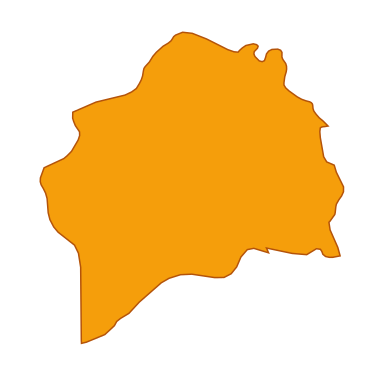 SVG path tracing the border of Bình Phước, rotated 184°
{"feature_id": "VNM-484", "entity_name": "Bình Phước", "entity_type": "Province", "adm_level": 1, "iso_a3": "VNM", "parent_name": "Vietnam", "parent_adm1": "", "projection": "orthographic", "projection_center": [106.812, 11.797], "detail": "fine", "context": "isolated", "style": "filled", "palette": "amber", "viewbox_px": 384, "rotation_deg": 184, "n_neighbors": 0, "source": "natural_earth", "source_scale": "10m", "svg_char_len": 1915}
<svg xmlns="http://www.w3.org/2000/svg" viewBox="0 0 384 384"><g transform="rotate(184 192 192)"><path d="M186.5,110.0L197.7,108.7L208.9,104.3L216.3,99.3L236.9,78.5L246.4,66.6L254.5,60.9L258.1,57.6L260.1,53.2L269.0,43.7L286.9,34.8L291.7,33.3L292.1,36.6L297.8,109.1L301.0,123.0L305.5,130.8L322.7,142.5L327.5,147.5L331.8,154.5L334.0,161.2L336.1,175.4L338.0,180.7L340.5,185.0L343.0,188.7L344.1,191.7L344.2,195.5L341.2,205.9L322.2,216.4L319.2,219.3L315.0,224.2L309.2,235.9L308.0,240.5L308.4,244.2L313.0,250.1L315.0,254.2L316.2,257.3L316.5,263.3L294.0,275.0L265.6,284.0L259.2,287.6L254.7,291.4L252.1,296.4L250.4,300.4L249.4,304.3L248.9,309.7L248.5,312.0L247.4,313.9L243.6,318.7L240.5,324.6L237.3,328.9L231.0,335.4L226.0,338.9L223.5,341.3L222.5,343.0L221.1,345.7L219.3,347.4L212.5,350.7L202.8,350.3L188.2,345.7L166.2,336.5L159.9,334.8L155.8,334.7L154.4,336.6L151.9,339.2L148.5,341.9L141.2,344.1L137.8,343.5L136.2,342.1L136.7,340.0L139.7,336.4L139.9,334.1L138.7,331.6L134.1,327.5L131.1,326.9L128.9,328.1L128.0,331.3L127.3,335.0L125.4,337.9L122.2,339.8L116.4,340.5L113.5,339.6L112.0,337.6L111.7,332.9L110.7,330.7L107.5,326.7L106.5,324.1L106.2,321.2L106.4,318.5L107.5,313.5L107.9,307.3L107.7,305.1L105.8,302.4L102.3,299.6L93.6,294.2L89.0,292.1L84.7,290.9L80.9,290.2L79.2,289.4L78.1,288.3L77.7,287.2L77.1,283.7L76.1,281.2L73.6,278.2L70.3,274.9L66.0,271.8L60.9,267.3L64.2,266.5L65.6,266.3L67.3,265.8L68.5,264.9L68.7,261.1L67.8,255.2L63.1,236.3L59.7,231.4L52.0,228.7L49.4,221.8L41.2,207.7L40.9,202.8L42.5,198.5L45.0,194.4L47.1,190.0L47.5,187.4L47.7,181.5L48.0,179.5L52.5,172.2L53.3,171.4L51.6,163.8L42.7,146.9L40.2,139.8L39.8,138.6L46.9,136.7L50.4,136.4L54.3,137.0L57.1,139.0L58.3,141.7L59.9,143.8L63.9,144.1L73.2,137.5L87.7,137.7L113.8,141.3L111.4,136.7L126.4,140.1L132.8,138.4L138.7,130.5L142.2,120.4L147.2,113.2L154.1,109.0L159.7,108.5L163.5,108.2L186.5,110.0Z" fill="#f59e0b" stroke="#b45309" stroke-width="1.5"/></g></svg>